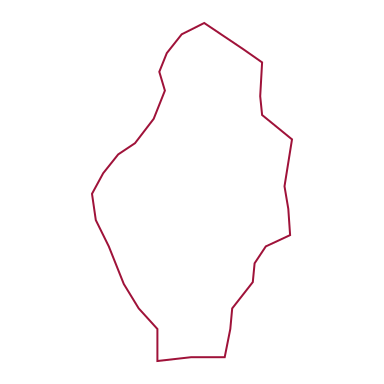 outline of Arediou, Nicosia, Cyprus
{"feature_id": "46923920B85214629039335", "entity_name": "Arediou", "entity_type": "district", "adm_level": 2, "iso_a3": "CYP", "parent_name": "Cyprus", "parent_adm1": "Nicosia", "projection": "orthographic", "projection_center": [33.205, 35.051], "detail": "fine", "context": "isolated", "style": "outline", "palette": "rose", "viewbox_px": 384, "rotation_deg": 0, "n_neighbors": 0, "source": "geoboundaries", "source_scale": "gbopen_adm2", "svg_char_len": 500}
<svg xmlns="http://www.w3.org/2000/svg" viewBox="0 0 384 384"><path d="M204.2,23.0L181.7,34.3L166.8,53.1L159.3,71.8L164.9,90.6L153.7,118.8L135.0,143.2L118.2,154.4L103.2,173.2L92.0,193.8L95.8,220.1L108.8,246.4L123.8,284.0L138.7,308.4L157.4,329.0L157.4,361.0L191.1,357.2L224.7,357.2L230.3,329.0L232.2,308.4L252.8,282.1L254.6,263.3L265.8,246.4L290.1,235.1L288.3,208.9L284.5,186.3L292.0,139.4L262.1,115.0L260.2,96.2L262.1,62.4L243.4,49.3L204.2,23.0Z" fill="none" stroke="#9f1239" stroke-width="2"/></svg>